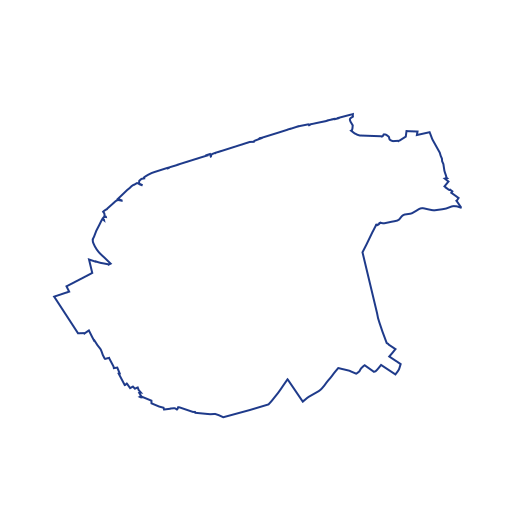 Oisterwijk, Noord-Brabant, Netherlands, rotated 20°
{"feature_id": "6326949B32251552675078", "entity_name": "Oisterwijk", "entity_type": "district", "adm_level": 2, "iso_a3": "NLD", "parent_name": "Netherlands", "parent_adm1": "Noord-Brabant", "projection": "equal_earth", "projection_center": [5.215, 51.566], "detail": "fine", "context": "isolated", "style": "outline", "palette": "blue", "viewbox_px": 512, "rotation_deg": 20, "n_neighbors": 0, "source": "geoboundaries", "source_scale": "gbopen_adm2", "svg_char_len": 5796}
<svg xmlns="http://www.w3.org/2000/svg" viewBox="0 0 512 512"><g transform="rotate(20 256 256)"><path d="M408.3,117.3L408.2,117.2L407.8,116.6L406.9,115.3L405.1,113.1L403.9,111.5L401.0,106.2L400.7,105.6L398.5,103.3L397.4,100.9L395.3,98.7L393.3,96.0L382.3,86.5L381.3,85.5L379.0,82.8L376.8,80.3L365.8,87.3L365.2,83.8L356.2,86.7L354.7,87.1L355.9,92.6L351.6,98.2L350.8,98.9L350.5,99.4L349.8,99.3L345.7,101.1L344.8,101.3L343.1,101.2L342.2,101.0L341.9,100.9L341.6,100.6L341.2,100.3L340.4,98.9L340.2,98.7L339.7,98.4L339.0,98.2L337.4,97.7L336.9,97.6L336.0,97.6L335.2,97.8L334.4,98.1L334.2,99.6L334.1,99.9L333.9,100.2L333.5,100.7L333.3,100.8L332.9,100.6L312.2,107.3L309.7,107.4L307.6,107.1L306.8,107.1L302.5,105.7L303.1,105.0L303.1,104.4L303.0,103.2L302.2,100.1L301.8,99.9L301.4,99.5L298.8,97.4L298.0,96.4L297.6,95.8L297.5,95.2L297.5,94.6L298.0,93.7L299.4,91.9L299.0,91.1L298.5,89.5L286.1,98.1L286.4,98.3L286.2,98.5L283.4,100.4L283.2,100.1L282.7,100.3L281.0,101.4L281.1,101.5L277.2,103.9L277.3,104.0L276.9,104.3L276.2,104.9L275.7,105.2L262.0,113.7L261.8,113.8L261.5,114.2L261.4,114.5L261.5,114.7L261.1,115.0L260.5,114.5L260.1,114.4L253.0,118.7L251.5,119.7L251.4,119.6L251.0,119.9L251.1,120.0L249.8,120.9L244.8,124.8L244.7,124.7L242.7,126.2L242.5,126.4L242.5,126.5L234.2,132.9L232.6,134.1L220.5,143.3L220.4,143.3L219.8,143.6L219.3,143.9L219.3,144.1L219.2,144.1L219.0,144.4L219.7,144.4L216.3,147.3L215.7,147.8L214.4,149.5L214.5,149.6L214.1,149.8L211.2,150.9L197.1,161.8L186.1,170.3L186.1,170.2L183.0,172.6L182.8,172.9L182.7,172.8L179.9,175.2L179.4,176.1L179.6,177.9L179.5,178.0L177.9,175.9L175.2,178.0L175.7,178.3L170.9,181.9L151.4,196.8L151.5,196.9L150.6,197.6L142.4,203.7L143.2,203.8L143.0,204.0L142.1,203.9L131.9,211.8L129.7,213.6L129.0,214.3L127.4,216.0L127.0,216.4L125.6,218.1L124.3,219.8L124.1,220.2L123.9,220.5L124.4,221.3L122.0,222.7L120.6,225.2L121.2,227.8L121.8,228.0L124.3,228.2L124.3,228.5L122.6,228.5L120.6,228.1L119.8,228.1L119.1,228.3L117.1,230.8L116.6,231.0L115.2,232.9L114.0,235.4L112.4,238.0L110.1,242.7L106.7,249.5L110.7,249.7L110.8,250.0L109.3,250.2L107.0,250.6L106.7,251.0L105.9,251.7L105.2,252.7L100.0,262.4L100.0,262.7L99.9,262.8L99.8,263.1L99.7,263.3L99.5,263.5L99.1,263.7L97.6,265.9L97.2,266.7L98.6,267.6L99.2,268.3L99.6,269.1L99.8,269.7L99.9,270.5L100.6,270.4L101.4,270.4L101.6,270.7L101.0,270.8L99.6,271.7L99.1,273.1L100.0,273.7L100.7,273.9L101.0,274.4L100.2,274.1L98.9,274.4L98.7,275.2L98.1,280.7L97.3,286.9L97.2,293.3L96.9,295.7L97.0,295.7L97.1,296.4L97.2,297.0L97.7,298.1L98.2,298.9L99.2,300.0L101.4,302.2L102.7,303.2L103.9,304.2L106.2,305.7L107.4,306.4L108.8,307.1L111.5,308.3L114.0,309.3L122.0,312.9L120.4,314.6L119.9,314.3L118.4,314.6L115.8,315.0L112.5,315.6L110.0,315.8L107.2,315.9L107.2,316.2L100.3,316.4L107.9,327.9L106.4,329.6L88.3,349.3L92.6,353.4L80.2,363.2L115.2,389.5L121.0,387.2L121.3,387.5L124.4,383.1L129.9,388.3L132.8,390.9L133.0,390.6L137.6,394.1L141.5,396.5L142.3,397.2L142.7,397.6L144.1,399.2L145.9,401.4L148.7,404.0L148.9,404.1L149.0,404.1L149.4,404.3L151.4,402.9L151.9,402.5L152.3,402.4L152.8,402.0L153.0,402.3L159.4,408.1L159.9,408.6L160.4,409.3L160.8,410.0L163.8,408.3L168.1,413.0L167.2,413.5L176.8,422.2L177.2,421.9L177.3,421.8L177.3,421.4L177.5,421.1L177.9,420.8L178.0,420.7L178.1,420.3L178.2,420.0L178.3,420.0L182.9,423.2L185.0,420.8L187.6,422.1L189.1,420.6L189.8,420.0L191.6,422.1L194.5,423.7L194.1,423.8L193.1,424.6L195.5,426.5L195.3,426.9L195.4,427.1L195.8,427.5L195.6,427.7L195.4,427.8L195.1,428.1L196.1,428.2L197.1,427.9L197.3,427.3L207.2,427.7L208.2,430.2L216.5,430.6L221.0,430.2L222.1,431.7L227.6,428.9L227.8,428.6L228.0,428.5L229.7,427.7L231.2,427.0L231.8,426.9L232.5,426.9L234.2,427.3L234.5,426.7L234.6,425.7L234.6,424.7L236.0,424.4L250.0,424.1L252.0,423.4L252.6,424.1L254.9,423.5L263.8,421.2L267.2,420.3L270.2,419.0L271.6,418.4L275.4,418.3L280.4,418.7L302.8,402.9L318.5,391.2L319.8,388.1L320.3,386.8L323.6,377.0L324.9,372.3L325.8,368.7L327.8,361.1L328.2,361.3L349.7,376.8L349.9,376.4L350.0,376.5L352.5,372.1L353.1,371.2L353.8,370.2L361.1,361.6L361.9,360.4L362.6,359.2L363.2,357.9L364.5,354.4L365.5,350.9L366.3,348.5L367.6,345.1L368.4,342.7L369.3,339.6L370.2,337.0L371.6,333.2L371.9,333.1L375.9,332.7L377.3,332.5L382.7,331.9L384.0,331.9L384.2,332.0L390.0,332.3L390.4,332.3L390.6,332.1L390.8,331.8L391.2,331.3L392.6,329.0L392.7,328.3L392.8,327.6L392.9,326.8L393.3,325.4L393.8,324.4L394.7,322.6L395.5,321.5L406.4,324.5L407.7,323.5L407.8,323.4L408.7,321.5L409.5,319.4L410.8,315.6L427.5,319.6L428.7,315.7L428.8,315.1L429.1,313.9L429.1,312.7L429.1,312.1L428.9,308.1L415.7,304.9L415.8,304.6L415.7,304.6L417.3,300.4L418.5,296.9L418.9,295.8L411.4,294.0L411.1,293.9L410.3,293.4L408.6,293.1L400.6,283.7L394.7,276.3L391.9,272.6L389.3,268.3L354.8,216.1L355.9,207.2L357.3,193.3L357.4,192.9L358.2,186.4L358.2,185.5L358.7,185.2L358.8,185.2L359.0,185.5L359.3,185.6L359.6,185.3L359.7,185.2L359.6,184.9L359.8,184.7L360.2,184.6L360.4,184.4L360.5,184.1L360.7,183.8L360.6,183.4L360.7,182.9L360.9,182.7L361.2,182.8L361.5,182.6L361.6,182.1L362.5,182.1L363.7,181.9L364.3,181.8L365.5,181.3L371.9,177.3L374.0,176.1L376.5,174.5L376.9,174.1L377.4,173.5L378.0,172.8L378.3,172.0L379.2,169.3L379.5,168.6L379.9,167.9L380.5,167.1L381.5,166.2L386.7,163.4L388.0,162.4L389.1,161.1L391.2,158.6L392.9,156.4L393.9,155.4L394.7,154.8L395.5,154.4L396.1,154.1L397.5,153.8L401.5,153.3L405.6,152.7L406.9,152.4L407.9,152.1L408.7,151.7L415.0,148.4L417.7,146.8L418.5,146.3L421.9,143.4L422.7,142.7L423.3,142.3L424.5,141.6L425.4,141.3L426.8,140.9L427.5,140.7L428.5,140.6L431.8,140.5L431.8,140.0L425.9,135.8L425.5,135.6L425.7,135.3L425.9,134.7L426.5,132.2L417.9,129.8L418.4,128.1L415.8,127.3L415.7,127.5L415.3,127.8L414.6,127.8L411.9,127.1L412.0,127.0L409.3,126.1L411.4,120.2L407.0,118.7L408.3,117.9L408.2,117.8L408.8,117.5L408.3,117.3Z" fill="none" stroke="#1e3a8a" stroke-width="2"/></g></svg>